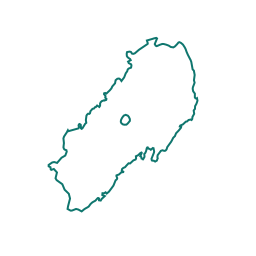 Tshilenge, Kasaï-Oriental, Democratic Republic of the Congo (Equal Earth projection), rotated 209°
{"feature_id": "63176286B2433914913285", "entity_name": "Tshilenge", "entity_type": "district", "adm_level": 2, "iso_a3": "COD", "parent_name": "Democratic Republic of the Congo", "parent_adm1": "Kasaï-Oriental", "projection": "equal_earth", "projection_center": [23.644, -6.465], "detail": "fine", "context": "isolated", "style": "outline", "palette": "teal", "viewbox_px": 256, "rotation_deg": 209, "n_neighbors": 0, "source": "geoboundaries", "source_scale": "gbopen_adm2", "svg_char_len": 4690}
<svg xmlns="http://www.w3.org/2000/svg" viewBox="0 0 256 256"><g transform="rotate(209 128 128)"><path d="M82.1,187.5L82.4,186.9L83.4,186.7L84.4,187.2L86.2,190.5L88.8,191.7L90.4,193.6L91.0,195.1L91.7,199.9L93.5,201.8L95.4,206.7L98.2,210.1L99.9,210.6L104.7,216.5L106.6,218.1L107.0,218.3L108.5,219.3L111.2,221.1L113.8,223.1L115.8,224.9L117.4,226.0L120.4,227.6L122.9,228.1L124.6,228.0L125.3,227.3L125.7,225.1L126.5,222.1L127.4,220.5L129.9,219.6L132.3,219.8L135.0,219.4L137.4,218.8L138.8,218.1L140.6,216.1L141.7,214.6L142.6,213.5L143.7,213.4L145.3,214.4L146.0,220.4L147.0,220.5L148.7,219.0L149.8,217.8L150.9,216.7L153.9,213.7L152.4,212.3L151.8,211.7L151.6,211.0L156.2,202.0L156.5,201.3L156.9,200.2L158.2,196.7L159.2,195.5L160.2,195.1L160.3,195.1L160.6,195.0L162.2,195.9L162.5,195.9L163.6,195.6L165.1,194.4L165.6,194.0L165.5,193.5L165.4,193.1L165.1,192.2L163.9,190.4L162.6,189.7L160.5,189.4L160.4,189.4L159.5,189.3L158.5,188.6L159.9,186.5L160.1,186.1L159.9,186.0L158.8,185.1L156.1,185.2L155.4,184.5L154.8,183.0L154.8,182.8L154.6,182.3L156.3,180.2L156.5,179.4L156.6,179.0L156.2,177.2L156.5,174.8L156.1,172.0L155.9,170.3L156.5,165.9L158.3,166.8L159.9,166.9L160.8,166.2L161.2,165.9L162.0,163.8L161.0,160.8L161.9,156.7L161.7,154.6L162.2,152.1L163.6,147.6L164.3,147.6L164.9,147.6L165.3,147.2L165.7,146.8L165.4,146.0L163.1,145.0L162.6,143.5L162.0,143.3L161.0,143.0L161.0,142.8L160.9,142.8L160.7,142.0L161.4,141.2L161.5,141.1L161.8,140.7L162.2,140.8L162.7,140.3L162.8,140.1L164.0,138.7L164.2,137.9L164.4,137.2L164.3,136.1L164.3,135.9L164.1,135.6L163.2,133.9L163.3,133.4L163.3,132.5L165.9,132.7L166.3,130.8L166.3,130.7L166.5,130.6L166.9,130.3L167.2,128.7L167.3,128.5L167.3,128.4L168.2,127.7L168.3,127.6L168.4,127.3L169.0,124.4L168.8,123.7L168.6,123.3L168.4,122.5L168.4,122.4L168.5,122.1L168.7,121.6L169.4,121.4L169.5,121.3L169.8,121.2L170.3,119.8L170.3,119.1L170.3,118.6L168.7,114.5L167.0,112.3L167.5,110.9L167.7,105.8L167.9,105.4L168.1,104.8L168.3,104.8L168.9,104.9L170.9,107.9L171.4,108.0L172.3,108.0L172.4,107.8L172.7,107.3L172.4,106.1L171.2,104.9L171.1,104.0L171.1,103.8L171.1,103.7L178.6,96.3L179.5,96.9L179.5,96.4L179.4,94.9L179.8,89.6L179.7,88.9L179.6,88.7L179.5,87.7L176.7,83.7L175.3,80.3L175.2,80.2L175.1,79.8L174.0,78.8L173.6,78.6L172.9,78.4L171.1,78.7L170.8,78.3L170.1,77.6L169.5,73.5L171.7,69.8L173.1,63.1L174.5,62.8L176.1,62.4L177.6,61.1L177.7,60.8L178.4,59.5L179.5,57.2L178.8,56.0L176.8,56.1L175.9,54.9L175.5,54.3L174.8,54.2L173.0,56.2L169.2,54.9L168.6,54.7L167.0,48.9L166.5,48.6L165.1,47.8L158.2,47.0L153.5,43.3L147.9,41.8L144.5,38.2L142.5,30.5L141.6,27.9L138.2,27.9L137.1,28.5L135.5,30.4L134.2,32.0L131.9,32.6L131.7,32.6L128.1,32.6L126.9,35.7L126.5,36.5L126.4,36.6L125.9,37.5L125.0,38.9L124.3,40.2L123.9,43.4L123.4,44.9L123.1,45.7L122.7,46.4L121.3,48.6L120.5,52.0L120.3,52.2L119.9,52.4L119.3,52.3L119.1,52.3L118.5,51.0L118.3,50.7L116.7,51.3L116.6,53.3L115.3,57.2L118.0,56.9L118.7,58.6L117.3,59.3L116.4,60.9L115.5,60.5L114.9,60.3L114.6,60.9L114.4,61.5L113.8,63.1L113.2,67.4L112.8,70.6L113.5,76.3L113.1,77.1L112.9,77.8L113.1,78.9L113.9,79.6L114.9,80.4L115.1,81.0L113.4,82.9L112.7,84.9L112.4,85.9L110.8,87.1L110.9,87.5L112.8,87.7L112.9,88.1L113.3,89.1L112.9,90.4L112.8,90.7L111.6,92.3L111.3,93.4L111.3,93.8L110.4,97.4L109.0,98.0L107.6,102.3L106.1,104.1L106.1,104.6L106.2,105.4L107.4,107.1L106.0,109.0L105.0,112.2L104.3,113.1L104.0,113.0L103.9,112.9L103.7,111.1L103.5,109.2L102.9,109.2L102.4,109.1L101.9,108.6L101.4,107.9L100.8,108.1L100.1,108.2L99.9,107.8L99.6,107.9L99.6,109.5L99.6,110.8L100.5,112.2L101.2,113.2L101.2,113.3L100.8,114.4L100.9,115.8L101.0,116.6L101.3,117.7L101.8,119.4L101.8,119.8L101.7,120.4L101.3,120.6L100.9,120.3L100.3,119.8L99.1,120.2L98.2,120.1L97.5,120.0L96.6,122.5L96.4,122.5L95.9,122.7L93.8,120.2L93.4,119.2L92.9,115.4L92.5,112.4L91.4,111.2L90.9,111.3L90.4,111.5L89.6,111.9L88.4,111.8L88.0,111.8L87.7,112.3L87.0,113.4L87.1,114.2L87.2,114.8L87.3,115.9L88.2,116.8L88.9,118.6L88.6,120.8L88.2,123.9L87.6,124.6L87.1,125.2L85.6,125.5L85.2,125.6L84.9,125.8L84.3,126.3L84.0,127.4L83.9,128.0L84.3,129.9L84.3,130.0L84.4,130.3L83.6,136.9L83.6,138.3L83.7,141.4L83.0,143.7L83.1,144.1L83.4,146.7L82.5,150.1L82.2,151.6L81.8,154.0L82.1,154.9L83.4,154.5L83.5,155.4L83.4,155.6L81.7,157.8L80.5,161.6L80.1,161.9L79.5,162.4L79.3,163.1L78.9,164.4L77.7,165.4L77.3,165.8L76.3,165.8L76.2,166.7L76.2,167.0L77.0,169.0L77.0,170.6L77.0,172.5L79.0,175.1L79.0,175.4L78.7,177.2L79.9,179.6L79.9,182.3L80.1,183.6L80.5,185.6L82.1,187.5ZM132.6,129.2L134.0,128.7L135.9,128.9L137.1,129.7L137.6,130.5L138.0,131.8L138.1,133.6L138.0,135.0L137.7,136.8L136.4,138.4L134.1,138.7L132.6,138.1L130.7,136.7L129.8,135.1L130.4,131.9L131.0,130.2L132.6,129.2Z" fill="none" stroke="#0f766e" stroke-width="2"/></g></svg>